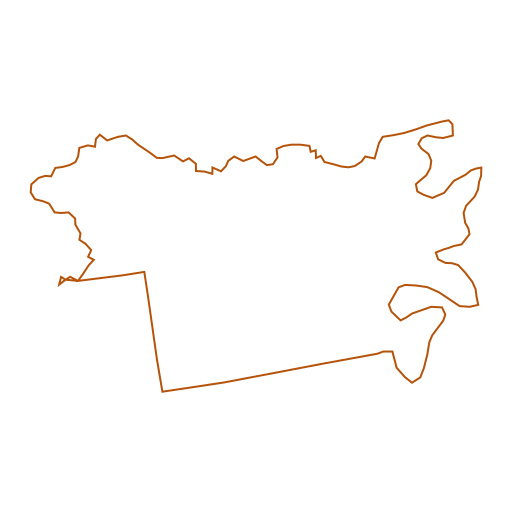 the district of Ariranha do Ivaí, Paraná, Brazil
{"feature_id": "56859067B92755437494593", "entity_name": "Ariranha do Ivaí", "entity_type": "district", "adm_level": 2, "iso_a3": "BRA", "parent_name": "Brazil", "parent_adm1": "Paraná", "projection": "orthographic", "projection_center": [-51.529, -24.379], "detail": "fine", "context": "isolated", "style": "outline", "palette": "amber", "viewbox_px": 512, "rotation_deg": 0, "n_neighbors": 0, "source": "geoboundaries", "source_scale": "gbopen_adm2", "svg_char_len": 2152}
<svg xmlns="http://www.w3.org/2000/svg" viewBox="0 0 512 512"><path d="M78.0,280.9L122.9,275.3L144.3,271.9L148.0,296.3L157.0,359.8L162.4,391.7L224.4,382.4L323.8,363.5L377.5,353.7L383.4,351.5L392.4,351.5L396.6,367.7L404.8,377.0L412.0,382.7L420.3,377.4L423.9,368.1L427.3,354.6L429.3,342.3L432.3,335.2L443.3,320.6L445.3,314.5L442.0,307.4L431.2,306.8L412.1,313.5L406.3,317.5L400.6,320.4L391.4,311.6L388.8,304.6L398.6,287.3L405.1,284.9L416.0,285.5L427.3,287.1L439.0,292.3L459.6,306.1L469.5,306.8L478.2,304.9L476.5,296.4L475.6,289.2L472.3,281.8L465.2,272.6L458.2,265.1L452.0,263.2L445.5,262.9L438.1,259.3L435.8,252.5L443.9,249.3L448.9,247.9L453.7,246.0L461.6,244.4L469.5,234.2L468.4,228.4L465.2,222.9L463.6,213.0L466.1,205.8L474.6,196.7L478.0,189.6L479.1,181.8L481.1,176.0L481.3,167.6L476.0,168.6L470.9,170.4L465.6,174.7L453.8,180.9L444.2,192.8L432.4,197.9L423.4,194.7L417.3,191.4L415.9,184.2L420.3,180.3L426.3,175.3L430.2,168.2L431.3,160.8L428.5,154.0L421.5,148.7L418.4,144.1L421.7,138.3L427.4,135.5L436.2,137.3L443.1,138.0L452.9,135.5L452.4,124.1L448.6,120.3L441.8,121.6L426.3,125.6L416.7,129.1L404.1,133.0L393.3,135.2L382.7,136.8L379.0,143.1L374.6,158.5L365.2,156.5L361.7,161.4L354.9,166.0L348.6,167.3L341.8,166.6L334.4,164.5L324.5,162.0L320.8,155.9L316.0,158.0L315.7,150.3L310.7,151.8L309.5,145.9L300.6,144.7L291.2,144.7L283.4,146.0L276.6,149.0L277.5,157.4L273.0,164.2L266.9,165.1L262.1,161.6L255.6,156.5L243.2,161.0L234.2,156.5L228.3,160.8L225.8,166.3L221.0,171.3L212.5,167.5L212.3,173.8L204.7,171.6L196.0,171.0L195.9,163.8L189.0,158.3L183.0,161.4L174.1,155.5L162.5,158.1L156.9,157.9L149.5,152.4L138.0,144.7L132.1,139.4L125.9,135.5L118.1,136.8L107.1,140.4L99.8,134.7L95.9,139.0L95.0,146.7L87.8,145.4L79.3,147.9L78.1,156.6L75.4,162.1L69.5,165.1L62.4,167.0L55.3,167.9L51.2,176.3L45.1,175.9L38.6,177.9L31.3,184.4L30.7,192.3L34.9,199.2L43.3,201.3L49.2,203.7L54.6,212.4L61.3,213.0L68.6,212.4L75.1,218.5L75.4,224.7L80.5,233.4L79.4,239.8L85.5,243.8L91.2,250.1L88.1,256.8L93.8,259.8L88.6,265.4L82.7,274.4L78.0,280.9ZM78.0,280.9L70.1,276.8L65.6,279.7L78.0,280.9ZM65.6,279.7L61.1,276.9L59.2,284.6L65.6,279.7Z" fill="none" stroke="#b45309" stroke-width="2"/></svg>